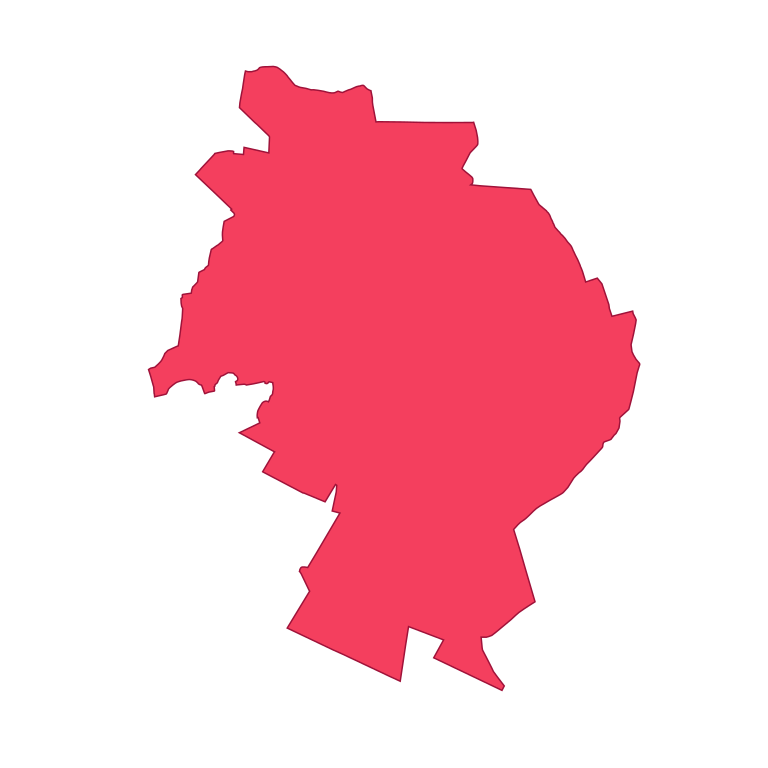 outline of Terebesti, Satu Mare, Romania, rotated 107°
{"feature_id": "2599482B23663096726600", "entity_name": "Terebesti", "entity_type": "district", "adm_level": 2, "iso_a3": "ROU", "parent_name": "Romania", "parent_adm1": "Satu Mare", "projection": "mercator", "projection_center": [22.739, 47.671], "detail": "fine", "context": "isolated", "style": "filled", "palette": "rose", "viewbox_px": 768, "rotation_deg": 107, "n_neighbors": 0, "source": "geoboundaries", "source_scale": "gbopen_adm2", "svg_char_len": 6147}
<svg xmlns="http://www.w3.org/2000/svg" viewBox="0 0 768 768"><g transform="rotate(107 384 384)"><path d="M241.6,167.5L252.6,185.8L246.0,190.5L242.3,192.2L224.5,204.9L220.4,211.0L227.5,221.0L225.0,222.6L218.3,227.1L215.5,229.3L214.2,230.5L213.1,231.2L208.4,235.2L204.7,238.8L202.0,241.2L201.1,242.1L199.1,243.7L197.5,245.2L196.5,246.6L194.4,250.1L191.9,253.3L189.8,256.7L188.9,258.7L187.7,260.3L186.5,262.5L184.1,266.4L181.3,268.6L180.8,269.3L179.5,270.2L178.4,271.2L176.8,272.8L174.9,274.2L173.7,275.3L172.3,277.0L171.7,278.3L170.9,279.3L167.2,288.0L166.2,289.2L159.8,295.8L155.6,299.9L155.0,300.6L166.2,349.4L168.2,359.3L166.6,358.2L165.7,358.1L164.7,358.2L163.2,358.6L162.0,359.0L161.4,359.3L160.4,360.5L158.7,364.4L157.4,367.7L155.7,371.5L155.5,372.0L154.9,372.4L152.2,372.0L146.3,370.8L139.6,369.6L137.6,369.2L129.7,365.2L127.9,364.5L127.0,364.5L124.8,365.1L123.4,365.6L120.9,366.6L114.5,370.0L107.5,374.8L108.0,375.7L115.7,400.6L122.1,421.9L128.0,442.8L134.7,465.6L135.7,468.3L120.9,476.1L117.8,477.5L113.8,478.8L107.3,482.3L107.4,483.0L106.8,486.3L105.9,488.1L104.8,490.0L104.5,490.9L104.5,491.2L104.7,492.0L105.4,493.3L105.9,493.8L106.4,495.0L107.7,497.2L108.8,498.5L111.9,502.0L113.2,504.0L115.8,507.1L117.3,508.7L117.6,510.7L117.5,511.9L117.4,513.1L117.5,513.7L119.6,516.0L120.3,517.1L121.0,519.3L121.4,521.6L121.6,524.1L121.7,527.1L122.4,532.7L123.2,537.3L124.0,539.7L124.1,545.0L124.8,550.7L124.8,552.6L124.6,553.9L124.6,554.4L124.4,556.5L123.3,558.3L122.4,559.7L121.2,561.5L120.8,562.0L118.6,565.4L117.4,566.9L116.1,569.1L114.9,571.4L114.1,573.6L113.4,575.3L112.7,577.6L112.4,578.8L112.4,580.2L112.7,582.7L113.6,585.2L114.6,588.0L115.4,590.5L116.4,593.1L117.2,594.6L117.9,595.5L119.1,596.0L120.1,596.5L121.1,597.3L122.4,599.1L123.0,600.3L124.0,601.8L124.4,603.0L124.8,604.3L125.1,605.5L125.2,608.0L128.8,607.7L139.1,606.2L142.8,605.6L148.3,605.1L157.2,604.0L162.0,603.0L171.7,584.0L172.8,581.5L176.1,575.0L178.2,570.9L180.1,567.1L180.9,565.9L181.6,565.6L196.7,561.7L198.6,587.0L205.6,585.5L207.4,593.9L207.7,595.0L207.5,595.3L207.1,595.5L206.5,595.5L205.6,595.8L205.6,597.2L206.3,600.2L206.7,601.4L210.9,609.5L213.0,613.2L213.3,613.3L213.5,613.2L231.7,622.1L232.3,622.3L238.9,625.5L241.9,619.5L251.1,601.0L261.3,580.8L262.4,581.4L264.5,577.4L265.0,576.9L265.5,576.6L266.1,576.5L267.1,576.5L267.8,576.8L268.3,577.3L275.2,584.4L280.9,583.7L285.9,582.9L288.8,582.1L292.7,580.6L293.9,580.1L294.6,580.2L295.6,580.8L300.0,583.7L300.4,584.2L304.8,587.6L305.2,588.1L306.0,588.5L314.4,587.9L317.9,587.4L321.8,586.6L322.2,586.8L324.6,588.5L325.4,588.9L327.1,589.2L331.0,593.3L331.4,593.6L331.7,593.6L340.8,592.1L342.1,592.6L346.0,594.6L346.8,595.1L347.4,595.3L348.9,595.3L350.2,595.4L353.2,594.9L353.5,594.9L357.0,602.3L357.5,602.9L358.0,602.9L359.9,602.2L360.3,602.1L360.7,602.4L361.1,602.8L361.6,603.2L363.5,602.5L365.8,601.7L367.7,600.8L368.8,600.2L370.6,598.6L378.3,596.7L380.5,596.2L384.0,595.7L396.8,593.5L407.7,591.9L408.1,592.5L409.2,593.8L415.2,600.6L416.4,601.2L418.9,602.5L421.4,602.7L426.0,603.5L427.8,604.1L430.8,605.6L435.0,608.1L437.1,611.8L439.0,613.4L442.6,610.9L445.1,609.2L452.8,604.3L454.1,603.4L455.9,602.7L460.2,601.1L460.3,600.9L463.3,599.6L458.8,591.8L457.3,589.4L456.7,589.1L453.5,588.7L451.8,588.6L450.1,587.8L446.8,585.7L444.2,583.8L442.8,582.5L441.8,581.1L440.5,579.2L438.6,575.7L437.9,574.4L437.2,572.9L436.6,571.4L436.2,569.3L436.1,567.6L436.2,565.6L436.4,564.6L436.7,563.9L437.4,562.4L437.9,561.8L438.2,561.2L438.5,559.4L438.4,558.7L438.4,558.3L438.5,558.1L440.1,556.8L445.2,553.0L445.6,552.6L445.5,552.3L444.1,550.6L442.9,549.0L440.5,544.4L440.3,544.2L440.1,544.1L439.9,544.1L436.2,545.6L435.9,545.3L435.6,545.2L435.3,545.1L434.7,545.3L433.9,545.3L433.3,544.9L432.4,544.2L431.8,543.9L431.2,543.7L430.0,543.6L428.8,543.5L424.5,542.4L424.1,542.1L424.0,541.9L422.7,540.2L418.8,536.5L418.7,536.3L417.9,532.9L417.7,531.6L417.8,531.0L418.0,530.5L418.7,529.5L419.0,528.9L419.0,528.5L419.5,527.3L419.9,526.8L420.5,526.1L421.0,525.7L421.9,525.3L422.4,525.2L423.1,525.2L423.7,525.4L424.2,525.8L424.8,526.4L425.3,526.7L426.5,525.8L428.2,525.0L427.7,524.0L425.1,517.7L425.0,517.0L425.0,516.4L425.1,515.8L425.2,515.3L422.2,509.3L419.9,505.1L416.8,499.7L416.8,499.0L417.0,498.5L417.4,498.2L418.1,497.9L417.9,496.1L416.6,495.0L415.4,494.5L415.2,490.8L415.8,490.6L418.5,489.3L420.1,488.7L421.6,488.3L422.8,488.2L423.9,488.1L425.9,487.7L426.2,487.7L427.6,488.1L428.1,488.4L428.8,488.9L429.1,489.0L433.1,489.0L434.8,489.3L434.7,489.7L434.7,490.5L434.8,491.6L435.0,492.2L435.7,493.3L436.4,494.0L437.3,494.7L438.0,495.0L441.5,495.9L444.0,496.4L445.8,496.7L446.9,496.8L448.6,496.6L450.3,496.3L451.5,496.0L453.3,495.3L452.9,494.6L457.5,491.4L472.9,508.1L480.9,468.8L481.5,469.1L503.4,474.4L503.5,474.1L511.9,429.6L511.7,428.5L513.9,405.9L494.3,401.0L494.7,399.6L501.2,398.1L510.4,397.3L517.1,396.7L520.6,396.4L520.3,388.4L564.6,399.0L581.8,403.3L581.9,404.3L582.2,406.3L582.6,407.7L582.9,408.7L583.5,409.4L584.1,409.8L585.4,410.1L586.5,410.2L587.2,410.0L587.9,410.1L588.3,409.4L589.6,407.8L603.2,395.3L603.8,394.5L645.7,405.2L653.2,354.7L654.5,344.3L659.2,311.9L661.9,293.4L663.5,281.6L627.3,287.0L608.8,289.6L611.3,252.2L631.3,256.4L642.5,181.6L637.6,180.7L631.3,189.5L627.0,195.3L624.2,197.8L615.6,206.1L609.6,212.0L607.4,213.1L597.7,217.1L596.2,212.1L594.8,209.9L592.9,207.4L588.2,204.1L572.1,193.6L566.9,190.6L562.9,188.1L558.2,184.4L554.2,181.1L548.1,175.9L520.6,194.0L502.0,206.1L485.2,217.5L479.4,214.8L476.6,213.2L471.5,209.3L467.2,206.8L461.8,203.9L458.5,201.9L455.0,199.1L446.4,191.1L438.0,183.0L436.0,181.3L434.8,180.6L429.0,177.9L418.6,175.1L416.0,173.9L412.2,171.8L409.8,170.1L407.4,168.9L404.4,167.9L401.6,166.8L395.2,163.5L381.7,157.0L380.6,156.6L379.7,156.6L377.6,157.0L376.3,157.0L375.3,156.7L374.6,156.0L371.8,152.2L370.6,150.8L365.7,149.0L363.5,147.7L357.4,146.4L350.9,147.4L350.0,147.7L348.5,148.4L347.6,148.7L346.8,148.5L336.9,142.6L336.2,142.5L328.5,142.8L318.4,143.3L299.2,145.2L292.2,145.2L290.9,145.1L290.2,145.3L289.6,145.7L286.7,150.2L283.3,153.9L280.6,156.3L274.2,159.2L263.0,160.0L252.8,161.0L249.0,161.6L247.3,163.0L243.9,166.3L241.6,167.5Z" fill="#f43f5e" stroke="#9f1239" stroke-width="1.5"/></g></svg>